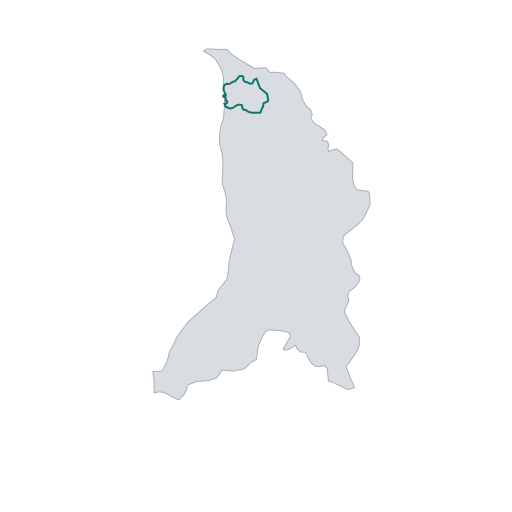 Edineţ on a map of Moldova (Equal Earth projection), rotated 32°
{"feature_id": "MDA-1615", "entity_name": "Edineţ", "entity_type": "District", "adm_level": 1, "iso_a3": "MDA", "parent_name": "Moldova", "parent_adm1": "", "projection": "equal_earth", "projection_center": [27.238, 48.122], "detail": "fine", "context": "in_parent", "style": "outline", "palette": "teal", "viewbox_px": 512, "rotation_deg": 32, "n_neighbors": 0, "source": "natural_earth", "source_scale": "10m", "svg_char_len": 2770}
<svg xmlns="http://www.w3.org/2000/svg" viewBox="0 0 512 512"><g transform="rotate(32 256 256)"><path d="M102.8,110.2L104.6,106.4L122.5,96.1L127.1,97.8L136.4,98.2L155.3,97.8L164.7,91.1L170.4,93.0L175.1,89.9L183.0,86.1L184.1,86.9L185.1,87.5L197.2,89.2L206.3,92.9L212.4,98.5L218.7,102.0L225.2,103.4L228.8,106.2L229.5,110.5L235.6,112.6L247.0,112.5L251.9,115.4L250.2,121.1L251.4,122.9L255.4,121.0L258.5,122.7L260.1,126.9L262.0,128.9L267.7,122.3L273.9,123.0L288.8,125.7L296.9,139.4L301.9,144.4L306.2,146.4L311.7,144.2L316.5,141.7L319.3,142.9L325.5,152.0L327.0,164.0L327.0,168.8L325.0,176.9L322.0,185.6L319.7,191.2L320.8,195.7L323.0,199.5L326.5,200.8L338.2,208.5L342.6,213.8L348.9,217.8L353.7,218.0L356.2,220.2L357.1,222.9L356.5,229.7L353.9,236.2L354.4,240.3L358.6,245.2L359.2,250.9L359.5,254.6L361.8,257.4L372.5,263.7L386.4,269.8L390.0,275.0L392.2,281.6L391.7,292.7L391.0,302.4L409.2,315.5L407.2,317.9L404.5,320.6L387.2,322.6L383.7,323.7L376.1,313.8L372.1,312.6L368.4,316.2L364.1,318.2L358.9,317.2L353.2,314.2L350.4,312.0L348.1,311.8L344.6,313.9L340.0,313.0L336.9,310.6L332.6,318.9L329.9,320.7L328.3,320.4L327.8,306.2L326.5,304.1L323.0,303.8L314.6,307.1L306.6,311.5L303.9,315.4L304.3,322.3L305.5,330.7L311.1,343.4L308.2,348.9L306.1,357.7L297.6,365.8L287.9,370.5L287.2,380.2L281.8,386.8L272.6,393.4L266.4,401.3L268.0,406.8L268.5,412.0L267.4,415.5L267.2,418.2L264.8,419.4L250.6,420.4L246.6,422.1L242.0,425.9L237.6,418.7L233.1,412.4L229.8,409.0L231.2,407.4L234.7,405.6L237.3,403.5L236.9,396.0L235.0,387.3L233.3,383.2L233.1,376.6L231.8,366.5L233.4,347.6L240.3,324.0L244.2,312.3L242.2,305.9L243.6,290.9L240.5,283.5L235.7,273.9L228.8,253.0L220.3,245.7L209.8,237.7L205.3,231.7L202.2,225.0L196.0,218.4L188.8,212.4L180.3,197.3L175.8,190.5L174.5,188.7L164.7,179.0L159.6,170.3L157.0,163.1L155.5,156.5L148.7,143.5L142.5,133.7L136.7,126.7L134.0,121.8L127.1,115.6L117.3,110.6L110.9,109.8L102.8,110.2Z" fill="#d9dde1" stroke="#a8b0b8" stroke-width="1"/><path d="M143.9,138.3L143.7,138.0L143.5,137.6L143.4,137.2L143.3,136.8L145.0,136.1L145.0,135.2L142.8,134.1L140.7,132.5L139.2,130.4L138.6,127.7L138.8,127.1L139.7,126.0L139.8,125.5L140.5,125.4L142.5,123.9L143.8,120.9L145.6,118.9L146.2,115.8L146.5,112.5L148.6,110.7L150.6,110.9L151.6,113.0L154.1,114.2L156.6,113.3L159.4,113.1L161.6,111.4L161.0,107.8L162.5,105.4L170.4,111.5L179.6,112.7L183.3,116.8L184.1,118.3L183.5,119.5L181.4,122.6L182.8,125.6L182.9,128.3L183.7,131.1L183.7,132.2L176.8,136.6L173.4,137.7L171.5,137.7L169.7,137.5L168.2,138.6L166.0,137.7L164.4,135.6L161.9,136.3L159.6,138.6L158.3,141.8L156.5,144.3L154.1,145.1L151.7,145.3L151.0,145.4L151.0,145.2L150.5,144.9L148.6,143.6L149.7,142.8L150.3,141.9L150.2,140.8L149.2,139.9L148.0,140.4L147.2,138.9L146.1,137.5L143.9,138.3Z" fill="none" stroke="#0f766e" stroke-width="2"/></g></svg>